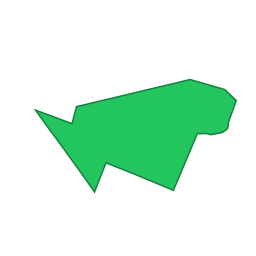 map outline of Tiris Zemmour (Albers equal-area conic projection), rotated 202°
{"feature_id": "MRT-2783", "entity_name": "Tiris Zemmour", "entity_type": "Region", "adm_level": 1, "iso_a3": "MRT", "parent_name": "Mauritania", "parent_adm1": "", "projection": "albers", "projection_center": [-9.84, 24.319], "detail": "fine", "context": "isolated", "style": "filled", "palette": "green", "viewbox_px": 256, "rotation_deg": 202, "n_neighbors": 0, "source": "natural_earth", "source_scale": "10m", "svg_char_len": 1819}
<svg xmlns="http://www.w3.org/2000/svg" viewBox="0 0 256 256"><g transform="rotate(202 128 128)"><path d="M135.0,56.1L139.3,58.9L143.7,61.7L148.0,64.5L152.3,67.2L156.6,70.0L161.0,72.8L165.3,75.5L169.7,78.2L174.1,81.0L178.4,83.7L182.8,86.4L187.2,89.2L190.9,91.5L194.7,93.8L198.4,96.1L201.6,98.0L202.1,98.3L204.9,100.0L208.7,102.5L212.6,104.9L216.5,107.4L220.4,109.9L215.6,110.1L210.7,110.2L205.8,110.4L201.0,110.5L196.1,110.7L191.2,110.8L186.4,110.9L181.5,111.1L181.7,113.0L182.0,114.9L182.3,116.8L182.5,118.8L182.8,120.7L183.0,122.6L183.3,124.6L183.5,126.5L183.8,128.5L88.6,196.2L52.6,199.9L38.5,194.2L37.9,194.0L37.5,183.9L37.3,177.8L37.0,171.8L36.8,170.2L35.8,167.0L35.6,165.5L35.9,163.9L36.7,162.3L38.6,159.7L39.1,159.1L41.3,157.6L44.2,155.7L46.6,154.1L48.0,153.2L49.4,152.7L53.2,152.2L54.0,152.0L58.9,149.7L61.2,149.2L61.5,148.8L61.6,147.9L61.6,146.0L61.7,144.1L61.7,142.3L61.7,140.5L61.7,138.6L61.8,136.8L61.8,135.0L61.8,133.1L61.9,131.3L61.9,129.5L61.9,127.6L61.9,125.8L62.0,123.9L62.0,122.1L62.0,120.3L62.1,118.4L62.1,116.6L62.1,114.8L62.1,112.9L62.2,111.1L62.2,109.2L62.2,107.4L62.3,105.6L62.3,103.7L62.3,101.9L62.3,100.1L62.4,98.2L62.4,96.4L62.4,94.5L62.5,92.7L62.5,90.9L62.5,89.0L62.5,87.2L64.7,87.2L66.9,87.3L69.1,87.3L71.3,87.3L73.5,87.3L75.7,87.4L77.9,87.4L80.1,87.4L82.3,87.4L84.5,87.5L86.7,87.5L88.9,87.5L91.1,87.5L93.3,87.5L95.5,87.5L97.7,87.5L99.9,87.6L102.1,87.6L104.3,87.6L106.5,87.6L108.7,87.6L110.9,87.6L113.1,87.6L115.3,87.6L117.5,87.6L119.7,87.6L121.9,87.5L124.1,87.5L126.3,87.5L128.5,87.5L130.7,87.5L132.9,87.5L134.8,87.5L135.2,87.3L135.3,87.0L135.3,85.9L135.3,85.6L135.3,84.6L135.3,83.2L135.3,81.3L135.3,79.0L135.2,76.5L135.2,73.8L135.2,71.0L135.2,68.2L135.1,65.5L135.1,63.0L135.1,60.8L135.1,58.9L135.1,57.4L135.0,56.5L135.0,56.1Z" fill="#22c55e" stroke="#15803d" stroke-width="1.5"/></g></svg>